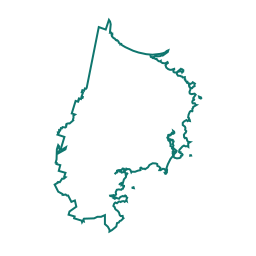 the district of Sorell, Tasmania, Australia, rotated 277°
{"feature_id": "25037944B32706868282963", "entity_name": "Sorell", "entity_type": "district", "adm_level": 2, "iso_a3": "AUS", "parent_name": "Australia", "parent_adm1": "Tasmania", "projection": "equal_earth", "projection_center": [147.667, -42.792], "detail": "fine", "context": "isolated", "style": "outline", "palette": "teal", "viewbox_px": 256, "rotation_deg": 277, "n_neighbors": 0, "source": "geoboundaries", "source_scale": "gbopen_adm2", "svg_char_len": 5850}
<svg xmlns="http://www.w3.org/2000/svg" viewBox="0 0 256 256"><g transform="rotate(277 128 128)"><path d="M29.8,116.8L27.6,120.0L24.7,122.1L23.0,122.2L24.6,124.4L28.8,128.4L32.3,128.7L33.0,130.3L34.7,131.2L35.3,132.4L37.9,134.5L38.3,133.9L40.1,133.4L39.7,131.5L40.4,130.5L43.1,129.3L44.8,127.5L45.0,126.6L46.3,125.0L47.8,124.5L48.6,123.1L49.1,123.0L51.2,123.5L52.5,124.5L52.0,126.2L53.8,127.8L54.0,128.7L53.6,129.7L54.5,130.9L54.9,132.8L54.3,133.7L55.7,135.1L55.4,135.6L56.8,135.1L58.7,135.7L59.2,134.8L60.2,134.4L60.7,133.4L59.7,132.7L59.6,131.7L59.9,131.2L58.6,128.8L56.7,127.7L57.2,124.9L56.1,123.5L56.8,122.0L57.6,122.8L57.6,122.1L58.7,122.5L58.5,120.8L58.1,120.4L57.6,120.5L58.3,120.0L58.3,118.7L58.7,118.5L59.5,121.6L59.9,121.2L59.4,122.7L60.1,124.0L60.7,124.3L62.8,123.6L65.3,124.4L65.9,126.2L65.9,128.9L66.9,129.6L67.2,130.4L68.5,130.6L69.3,131.2L70.1,131.1L70.2,129.5L70.7,128.9L70.5,128.5L71.9,128.7L72.4,128.3L71.3,126.4L71.8,126.1L71.3,126.4L72.8,128.4L72.6,129.2L71.6,128.9L71.7,129.5L76.5,130.2L78.9,131.9L81.0,132.0L83.4,133.3L81.5,131.4L83.4,130.9L84.3,129.6L83.9,129.7L84.3,129.1L83.5,128.6L83.0,127.1L83.8,126.6L83.6,125.5L84.7,123.9L84.3,122.7L82.7,122.8L82.0,121.5L80.5,120.4L82.0,121.3L83.0,122.5L84.3,122.3L85.0,123.5L85.5,126.7L87.1,127.6L87.1,128.8L85.8,130.5L88.3,131.6L86.2,131.1L87.2,132.6L87.3,134.5L86.3,135.7L84.4,136.7L85.1,137.1L85.4,140.3L86.8,142.9L87.7,145.5L89.8,145.1L90.3,145.7L89.2,147.6L89.6,149.1L89.2,150.0L91.4,152.6L93.9,153.8L96.0,156.8L96.2,159.9L95.8,161.4L93.9,161.8L93.5,163.5L92.3,165.0L90.0,164.3L90.1,165.5L91.7,167.4L91.8,168.7L91.2,170.0L89.8,170.4L89.4,171.9L91.3,171.9L92.8,171.1L97.0,172.0L102.6,174.0L106.0,176.2L107.2,175.8L109.9,177.3L109.9,176.7L108.5,176.0L108.6,175.5L109.4,175.8L109.8,175.2L111.2,175.8L112.4,175.2L113.0,174.2L113.7,174.4L114.7,173.7L115.3,172.3L116.9,172.5L117.4,172.0L119.1,171.6L120.6,169.9L120.9,168.7L120.8,169.5L121.0,169.6L123.3,168.2L124.5,168.9L125.8,168.7L126.4,169.7L126.2,170.9L128.6,172.2L128.4,173.1L128.8,173.8L130.6,173.2L130.0,174.2L128.8,174.6L128.0,174.0L127.6,173.3L127.8,172.2L125.9,171.1L125.5,169.4L123.3,169.1L121.9,169.5L121.7,170.0L122.1,171.0L121.2,172.3L121.8,172.9L121.6,173.9L120.6,174.0L120.3,174.9L117.7,174.3L116.1,175.3L114.6,174.7L113.3,175.8L111.2,179.1L110.2,178.9L107.4,176.8L105.1,176.7L104.2,177.8L103.8,180.2L104.4,182.7L105.2,183.8L106.6,183.9L107.3,185.2L108.3,185.4L109.0,184.7L109.3,183.3L110.3,183.1L110.0,182.3L110.4,181.6L112.6,181.7L116.3,184.3L117.4,185.7L116.8,187.3L117.2,189.0L116.6,190.2L120.1,189.6L121.6,191.4L121.6,189.4L122.7,188.3L125.0,187.4L125.3,186.6L124.8,185.8L125.6,184.9L128.0,184.3L129.7,185.1L130.4,185.9L132.0,186.2L133.2,184.9L135.0,185.0L136.3,184.3L137.6,182.0L139.7,181.7L141.2,182.7L143.0,185.0L142.1,186.3L142.7,186.9L142.5,188.6L143.9,188.1L144.3,187.3L145.3,187.3L145.8,186.4L148.6,186.5L151.7,187.4L152.5,188.2L152.4,189.7L152.7,189.9L154.9,189.5L155.8,190.1L156.8,190.1L159.2,193.2L159.3,192.3L160.7,191.2L160.3,189.5L160.9,188.8L162.1,188.6L163.6,189.1L163.8,190.0L164.3,190.2L165.6,189.1L169.3,191.1L170.2,189.9L169.3,186.7L169.8,185.1L171.3,184.6L174.6,185.4L176.6,183.7L179.9,182.8L180.0,181.1L180.4,180.8L181.2,181.1L181.3,180.1L182.2,179.1L183.1,179.0L183.2,178.4L185.4,178.2L184.8,176.1L185.7,175.3L185.7,174.3L186.1,173.5L186.0,171.2L187.6,169.9L188.8,169.7L190.1,171.1L190.7,173.4L190.4,174.6L189.8,174.9L190.6,175.3L190.7,175.9L192.1,175.9L192.9,174.7L192.8,173.9L193.2,173.3L189.0,169.4L188.8,167.2L189.4,166.2L190.1,166.1L191.5,165.9L191.8,166.7L192.3,166.6L191.0,163.8L190.9,162.4L191.4,160.6L192.7,158.6L194.8,157.6L197.3,159.2L197.6,160.5L197.5,159.5L198.2,159.1L196.7,157.0L196.7,154.2L197.7,152.4L198.6,152.3L198.0,151.5L198.0,150.6L198.9,148.9L200.1,148.0L199.8,147.2L200.5,145.2L200.4,144.1L200.7,143.7L200.9,144.2L201.1,144.0L201.2,142.2L201.7,141.6L201.6,141.0L201.8,141.3L201.6,142.0L201.4,142.2L201.3,144.0L201.9,145.6L203.1,146.7L202.7,147.7L202.9,149.3L203.3,151.3L204.2,152.6L204.1,153.6L208.3,158.2L210.0,158.5L209.1,157.0L207.5,155.6L206.4,153.4L205.4,150.5L203.7,143.3L203.5,137.0L204.2,129.3L205.3,123.7L207.9,115.6L209.4,112.1L210.2,111.0L210.1,110.6L210.7,110.8L210.8,109.6L211.6,108.4L212.6,108.1L213.4,107.2L213.9,106.3L213.5,106.0L213.8,105.2L215.3,103.7L215.4,102.8L217.0,100.9L218.3,100.4L218.7,101.1L219.2,101.0L218.9,100.7L220.3,99.9L220.3,98.8L220.9,99.1L221.2,98.4L228.8,98.2L231.5,97.2L233.0,95.9L223.0,93.9L224.6,86.7L162.8,82.1L161.8,81.5L162.0,80.4L159.7,79.9L160.0,78.1L157.8,77.7L157.6,79.0L153.6,78.1L153.3,79.4L152.3,79.2L152.5,78.0L151.0,77.8L151.4,75.7L150.0,75.4L149.9,75.8L148.0,75.3L148.5,72.7L135.6,70.4L134.9,73.8L133.5,72.3L131.5,72.7L129.8,72.3L129.0,72.8L125.4,69.5L125.3,68.1L124.6,66.5L123.5,66.6L123.3,66.2L121.7,66.5L120.9,65.8L120.9,62.9L119.6,62.4L119.7,61.4L117.3,61.0L117.5,59.9L115.1,60.1L115.1,58.9L113.5,59.3L112.8,58.9L111.4,66.0L98.2,63.7L98.6,65.4L101.4,68.8L99.2,68.5L94.3,61.8L95.9,61.7L96.5,62.4L98.2,63.0L100.1,61.7L101.4,61.9L102.5,60.8L98.1,60.0L88.1,60.9L84.8,60.4L84.6,61.5L83.5,61.4L82.9,65.3L77.0,64.5L75.9,71.4L71.9,70.6L71.6,72.1L69.8,70.4L69.7,68.8L65.9,66.9L65.9,65.1L65.4,64.7L65.0,64.9L62.9,62.1L56.3,66.5L54.6,70.8L53.8,71.1L54.1,71.5L53.7,72.1L54.4,74.2L53.5,75.5L53.7,76.8L47.8,80.8L49.6,84.1L43.6,86.3L38.0,80.1L34.7,79.6L33.7,85.8L31.8,85.5L30.4,93.3L28.9,93.9L30.3,94.5L30.0,95.5L31.8,94.9L32.6,95.3L34.2,105.4L36.1,108.4L36.6,112.1L38.7,115.7L29.8,116.8ZM181.3,186.7L180.3,186.1L178.8,183.6L176.8,183.8L174.8,185.5L175.4,186.2L175.4,186.8L176.9,187.7L177.6,189.0L179.4,188.6L180.2,189.0L181.3,186.7ZM166.1,196.7L166.6,197.1L167.3,196.7L167.8,194.7L166.5,195.2L166.1,196.7ZM69.1,139.0L69.0,141.1L69.9,140.7L69.1,139.0ZM87.1,171.1L87.8,171.5L87.8,170.1L87.1,170.6L87.1,171.1ZM108.7,193.8L108.6,193.1L108.1,193.1L108.3,194.0L108.7,193.8Z" fill="none" stroke="#0f766e" stroke-width="2"/></g></svg>